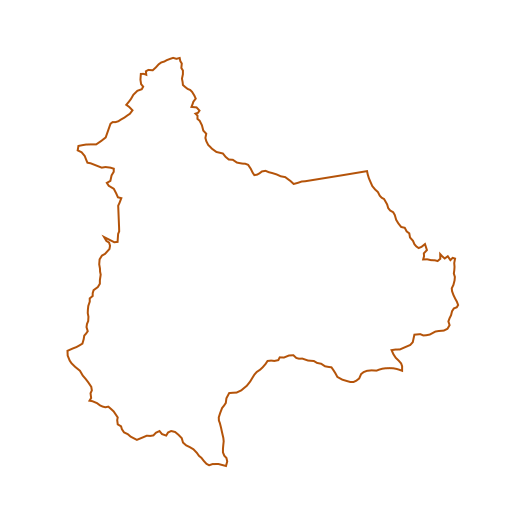 the district of Brotas, São Paulo, Brazil, rotated 174°
{"feature_id": "56859067B5595696785316", "entity_name": "Brotas", "entity_type": "district", "adm_level": 2, "iso_a3": "BRA", "parent_name": "Brazil", "parent_adm1": "São Paulo", "projection": "orthographic", "projection_center": [-48.081, -22.291], "detail": "fine", "context": "isolated", "style": "outline", "palette": "amber", "viewbox_px": 512, "rotation_deg": 174, "n_neighbors": 0, "source": "geoboundaries", "source_scale": "gbopen_adm2", "svg_char_len": 4644}
<svg xmlns="http://www.w3.org/2000/svg" viewBox="0 0 512 512"><g transform="rotate(174 256 256)"><path d="M436.7,129.5L433.9,128.7L429.5,126.3L426.7,123.7L424.3,122.3L421.6,121.3L418.6,121.6L415.8,118.6L413.8,116.3L412.1,113.1L410.4,109.9L411.2,107.3L411.1,103.0L408.0,100.7L407.5,97.8L405.7,94.4L402.1,92.2L399.6,89.5L397.2,87.9L393.7,85.6L387.6,87.4L383.4,88.7L380.0,88.1L376.8,88.3L374.0,90.7L370.3,92.0L368.1,88.7L364.1,86.8L361.9,89.7L358.7,90.8L354.8,89.4L351.8,86.3L348.9,82.6L348.1,78.1L345.3,75.0L341.9,72.9L338.4,70.3L335.4,66.4L333.6,63.2L331.4,61.0L329.3,57.6L327.0,54.5L324.5,52.8L321.0,53.6L315.2,53.1L307.8,50.3L306.1,54.7L306.5,58.2L308.4,60.7L309.4,64.1L309.0,67.8L308.3,71.4L307.5,75.1L307.5,78.4L308.2,84.1L308.7,88.7L309.4,93.6L310.1,96.2L309.9,99.4L308.1,103.5L305.6,108.4L303.4,110.6L301.4,113.0L300.3,117.6L297.0,122.5L293.1,122.4L289.6,122.2L284.7,123.9L281.9,125.8L278.7,127.9L274.9,131.8L272.1,135.5L270.0,138.2L267.4,140.6L263.8,142.5L261.0,144.6L257.8,147.6L255.5,150.4L251.8,150.4L248.7,149.7L244.7,150.1L243.0,152.7L238.8,152.1L233.6,153.6L229.2,153.4L226.6,150.4L224.1,149.4L220.6,149.1L215.2,146.6L209.4,145.5L206.5,143.3L202.4,142.0L198.9,139.1L195.5,138.1L192.6,137.4L191.0,134.5L189.4,131.3L187.7,127.2L183.1,124.0L178.3,122.0L175.3,120.8L172.2,120.5L169.3,121.5L166.2,123.4L163.8,127.6L161.1,129.3L157.7,130.2L153.0,130.2L148.1,129.4L145.5,130.1L142.1,130.7L139.0,130.8L134.8,130.5L131.3,130.0L128.0,129.0L125.6,128.0L122.7,126.6L122.2,131.1L122.9,134.0L125.1,137.1L127.7,140.2L129.6,143.9L131.0,148.2L127.0,148.4L122.7,148.0L118.0,149.5L111.9,151.4L109.1,153.9L106.7,161.2L100.8,161.1L97.9,159.5L95.1,159.4L91.4,159.7L85.5,162.1L82.4,162.3L77.0,162.2L73.2,163.6L70.7,167.0L71.5,170.8L70.0,173.9L68.2,176.7L66.8,180.6L64.7,183.2L61.7,184.0L60.1,186.1L61.0,189.6L62.3,192.6L63.7,196.5L64.7,200.5L64.7,203.4L62.7,206.6L61.1,210.9L60.4,214.4L61.1,217.9L60.3,221.0L59.7,224.4L59.6,228.3L58.3,232.6L60.6,233.6L63.1,231.6L65.3,235.7L68.6,233.8L70.9,236.3L72.6,238.6L73.0,234.0L75.9,232.0L78.5,233.0L82.5,233.6L86.0,234.8L90.1,235.1L88.9,238.2L88.8,241.1L85.4,244.0L86.7,250.2L90.4,247.8L93.4,246.9L95.6,248.8L97.2,251.1L98.3,254.7L100.9,258.3L101.2,262.5L103.6,264.7L105.1,268.5L108.6,269.7L111.0,273.5L112.8,277.3L113.7,282.3L115.0,285.2L117.8,287.2L119.5,289.8L120.2,293.6L121.5,296.6L122.7,299.3L124.9,300.8L126.6,303.0L128.1,306.9L130.6,309.7L133.0,313.3L134.2,317.0L135.6,321.5L136.4,325.7L136.7,328.8L161.6,327.3L199.3,325.2L202.8,325.3L206.6,324.4L211.0,323.7L213.9,327.0L216.0,328.9L218.7,331.4L223.1,332.7L227.0,335.0L231.2,336.8L234.5,338.0L237.6,339.7L241.2,339.5L244.0,337.8L246.4,336.8L249.2,336.6L250.6,339.2L252.1,343.3L254.3,347.5L257.1,348.9L259.8,349.3L262.6,350.1L265.2,350.9L269.0,354.1L273.0,354.8L275.9,357.8L278.2,361.4L284.5,363.6L288.6,367.3L290.2,369.4L291.9,371.4L293.4,375.3L294.0,378.7L292.7,382.8L295.3,386.2L296.1,391.6L297.9,396.4L299.9,398.5L299.5,401.7L301.3,403.9L298.7,404.5L297.0,406.5L299.6,410.0L304.6,411.0L303.2,413.7L302.1,416.1L299.5,418.8L300.5,421.9L302.4,425.9L304.1,428.0L306.5,429.3L308.7,431.4L310.8,433.7L310.8,436.6L311.1,440.1L309.7,444.4L309.3,448.1L310.6,450.8L309.7,455.2L310.9,457.7L311.2,460.9L314.5,460.4L317.7,461.7L320.5,461.1L324.3,460.1L326.8,459.0L330.0,458.4L332.8,456.8L335.9,454.0L339.3,451.5L343.6,452.3L346.2,451.2L346.2,447.7L348.7,448.9L351.5,449.1L352.5,443.4L352.3,438.9L350.5,436.2L352.2,433.8L356.7,432.7L361.1,429.2L363.9,425.3L366.3,422.7L369.2,419.9L366.6,417.6L363.6,413.8L366.6,410.6L369.1,409.3L372.4,407.4L376.1,405.8L378.8,404.4L381.8,403.8L384.7,404.1L386.9,402.7L393.1,389.6L397.9,386.6L403.3,383.7L407.8,384.2L413.5,384.6L416.8,384.4L421.1,384.0L422.3,379.7L418.6,377.4L415.9,373.4L414.8,369.4L413.9,366.4L410.8,365.5L403.3,361.6L400.2,360.0L396.4,360.2L391.6,359.1L388.3,357.7L388.7,354.6L391.2,351.3L393.0,345.9L396.7,344.3L395.1,341.2L390.4,337.7L388.5,332.9L387.2,328.8L383.9,327.6L386.2,323.1L387.8,320.4L389.2,298.5L389.5,294.8L390.8,292.4L392.2,284.5L395.5,284.5L405.1,290.7L403.2,286.6L400.7,284.7L400.1,281.5L401.0,278.3L403.8,275.8L405.9,273.9L409.2,272.5L411.9,269.0L412.8,264.1L412.5,259.9L412.7,256.7L412.4,253.7L413.8,248.3L414.2,244.7L416.6,241.6L421.1,239.0L422.3,236.1L422.6,233.3L425.8,231.2L426.1,228.0L428.0,223.9L428.8,220.2L429.3,216.8L429.0,213.1L429.7,208.8L431.2,206.1L432.0,203.0L431.2,198.8L433.1,196.6L435.1,194.8L436.1,191.2L437.8,187.0L441.0,185.5L444.1,184.2L447.8,183.2L453.4,181.4L453.7,176.6L452.2,171.4L450.7,168.6L447.5,164.7L443.1,160.3L440.8,155.2L438.3,151.6L436.1,148.0L433.5,143.1L433.3,139.5L434.9,136.8L434.8,132.0L436.7,129.5Z" fill="none" stroke="#b45309" stroke-width="2"/></g></svg>